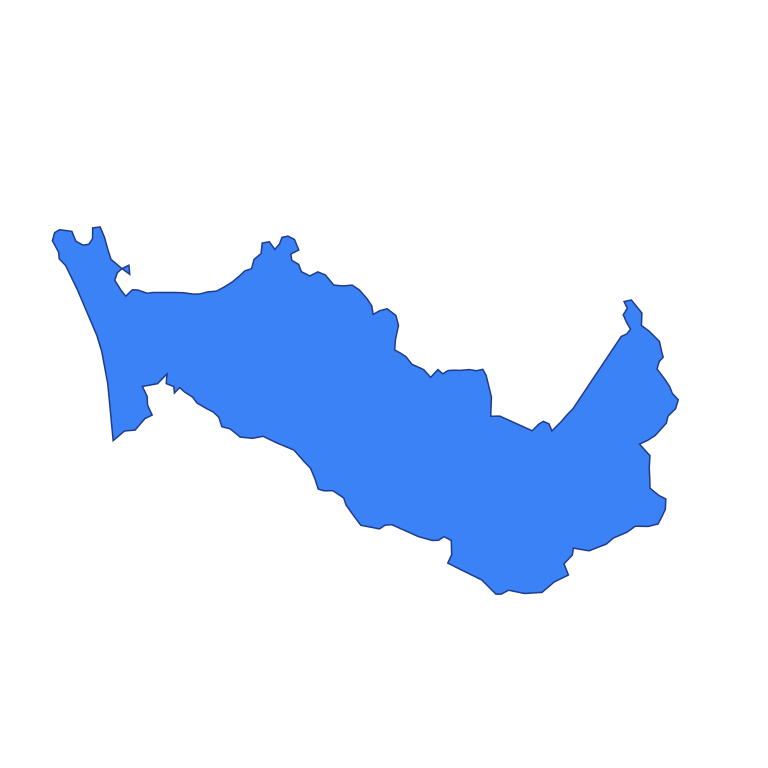 the district of Turuçu, Rio Grande do Sul, Brazil, rotated 162°
{"feature_id": "56859067B67452973684728", "entity_name": "Turuçu", "entity_type": "district", "adm_level": 2, "iso_a3": "BRA", "parent_name": "Brazil", "parent_adm1": "Rio Grande do Sul", "projection": "natural_earth1", "projection_center": [-52.15, -31.488], "detail": "fine", "context": "isolated", "style": "filled", "palette": "blue", "viewbox_px": 768, "rotation_deg": 162, "n_neighbors": 0, "source": "geoboundaries", "source_scale": "gbopen_adm2", "svg_char_len": 2572}
<svg xmlns="http://www.w3.org/2000/svg" viewBox="0 0 768 768"><g transform="rotate(162 384 384)"><path d="M597.6,574.7L605.1,586.9L605.1,596.9L604.5,609.9L605.4,621.1L612.8,622.5L616.3,612.3L621.6,608.1L627.4,609.1L632.9,615.1L633.7,625.6L644.9,631.0L650.5,629.7L655.1,622.7L652.7,609.9L654.2,603.4L650.2,595.1L646.5,568.7L642.1,519.1L642.4,502.0L646.7,469.3L659.1,413.8L645.3,419.5L635.0,417.1L622.0,425.0L614.1,426.1L615.4,437.0L613.1,445.4L614.6,456.3L599.3,454.3L587.3,460.6L591.0,451.7L584.7,446.5L586.1,440.2L579.5,443.7L576.1,438.0L570.1,430.6L567.7,423.6L560.4,415.5L554.9,409.9L551.4,403.4L551.4,393.5L544.2,388.9L537.1,377.9L525.9,373.0L515.1,371.6L504.3,361.2L490.0,348.9L484.1,335.2L479.9,326.5L479.0,315.1L479.0,304.3L474.1,301.0L465.6,298.3L457.5,288.0L457.5,280.6L453.5,268.0L449.7,256.8L433.1,247.6L426.5,249.4L420.1,247.8L398.5,228.3L386.5,220.3L380.5,218.5L374.1,220.3L368.4,214.4L372.4,200.7L378.7,194.0L370.2,185.5L351.5,167.3L342.5,149.6L337.4,147.9L329.3,149.4L315.0,141.3L298.0,137.0L283.4,143.1L267.6,145.4L268.4,157.4L257.8,163.1L254.6,169.3L240.5,162.0L221.8,163.1L213.5,166.6L198.5,168.0L189.0,171.1L176.8,166.9L166.6,166.2L160.9,171.8L155.2,177.8L151.5,187.5L157.2,193.3L163.2,202.7L160.2,212.9L157.6,222.4L153.2,233.7L159.6,247.8L150.0,249.1L142.0,251.2L127.6,259.5L123.9,265.6L114.2,270.5L109.0,278.1L112.7,285.9L113.1,293.3L115.6,302.1L119.7,314.0L115.3,320.3L110.2,323.2L109.9,329.6L108.9,339.3L115.5,352.3L121.1,360.1L116.8,371.8L122.8,387.5L130.2,388.2L129.2,380.8L135.1,375.9L134.2,367.1L132.6,360.0L137.5,356.6L143.7,355.9L211.9,302.1L220.4,297.6L226.8,293.6L238.8,287.5L239.4,295.1L244.0,299.2L249.5,297.9L257.5,293.7L283.7,317.6L292.5,320.4L285.9,338.2L284.2,360.4L285.5,367.4L292.1,368.1L298.3,371.3L307.3,373.4L313.2,375.5L318.9,377.0L325.0,375.5L328.2,381.1L337.6,375.9L341.8,385.4L351.4,394.2L354.6,403.0L358.7,408.2L363.3,413.1L359.4,422.7L352.1,435.3L351.5,445.5L357.8,454.6L365.5,455.0L372.8,453.6L371.5,462.2L373.9,470.7L378.3,481.0L383.8,487.9L392.8,490.0L401.2,493.6L406.1,505.9L412.4,511.1L421.2,509.7L427.9,516.4L428.2,524.1L433.5,530.1L432.4,536.4L423.6,537.8L424.5,549.1L429.6,554.3L435.7,555.0L440.2,549.4L446.2,545.8L449.1,554.7L456.3,555.7L460.6,546.0L469.0,542.7L474.4,534.6L481.3,534.6L487.9,531.5L496.5,528.0L506.1,525.6L514.7,524.1L523.3,526.1L531.0,526.5L537.3,528.3L546.6,532.8L553.9,535.4L575.0,542.3L581.2,543.5L589.0,549.4L594.2,551.4L602.5,547.3L605.3,555.0L608.0,565.9L603.3,572.2L597.6,574.7ZM597.6,574.7L591.9,566.9L589.9,575.8L597.6,574.7Z" fill="#3b82f6" stroke="#1e3a8a" stroke-width="1.5"/></g></svg>